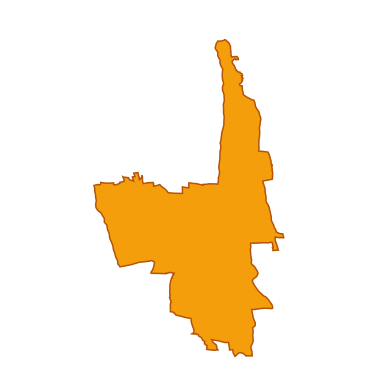 Motoseni, Bacau, Romania, rotated 9°
{"feature_id": "2599482B25662052430617", "entity_name": "Motoseni", "entity_type": "district", "adm_level": 2, "iso_a3": "ROU", "parent_name": "Romania", "parent_adm1": "Bacau", "projection": "natural_earth1", "projection_center": [27.425, 46.347], "detail": "fine", "context": "isolated", "style": "filled", "palette": "amber", "viewbox_px": 384, "rotation_deg": 9, "n_neighbors": 0, "source": "geoboundaries", "source_scale": "gbopen_adm2", "svg_char_len": 6069}
<svg xmlns="http://www.w3.org/2000/svg" viewBox="0 0 384 384"><g transform="rotate(9 192 192)"><path d="M277.1,344.4L276.2,340.2L274.8,337.3L274.4,335.8L274.5,334.5L275.2,332.7L275.8,329.8L274.8,325.5L274.5,324.8L274.2,319.9L273.2,316.7L273.4,316.1L274.3,315.4L275.1,314.4L275.3,313.7L275.3,313.0L274.8,311.1L272.2,306.8L269.3,298.6L271.8,298.4L273.0,297.9L277.6,296.5L281.6,295.5L286.5,294.8L289.1,294.7L289.6,294.4L289.8,293.9L289.2,292.0L288.5,290.7L284.6,286.7L282.0,284.5L280.6,283.8L280.1,283.8L278.7,283.2L273.3,279.6L269.2,275.5L266.0,271.4L265.5,270.1L265.9,268.8L266.9,267.5L268.6,265.9L269.1,265.2L270.0,262.0L268.9,260.0L265.3,255.8L264.2,255.0L262.8,254.5L261.5,252.7L261.6,250.2L260.0,245.6L259.1,241.6L258.8,241.0L258.6,236.2L257.9,234.5L257.9,233.4L263.8,232.4L263.8,232.2L266.4,231.9L269.4,231.1L275.4,230.3L277.2,229.5L278.8,229.1L279.6,230.7L280.8,234.2L280.2,234.5L281.2,236.6L281.1,237.1L286.4,235.9L284.1,231.1L281.7,226.7L281.2,223.6L286.4,223.4L287.1,222.9L288.7,223.1L289.8,222.7L288.8,220.9L288.2,219.1L285.0,219.4L281.5,218.2L281.3,217.4L280.8,217.0L280.7,216.4L278.9,214.3L278.4,213.4L278.0,212.2L275.3,208.4L274.7,207.2L273.9,203.3L273.1,201.7L272.4,199.4L271.7,198.2L270.4,194.6L269.6,193.9L268.8,192.2L267.3,190.8L266.6,189.5L266.2,188.1L266.2,186.3L264.2,180.5L263.7,177.5L260.9,171.8L260.2,170.7L260.1,170.3L260.2,170.0L260.6,169.9L269.2,166.9L269.3,164.8L268.9,163.4L269.0,162.8L268.8,162.6L268.9,162.2L268.8,161.2L268.5,160.6L268.7,160.0L267.6,158.0L267.8,157.1L267.5,156.7L267.5,156.3L266.8,154.5L267.2,153.6L267.1,153.4L266.7,153.5L266.9,152.8L266.5,152.6L266.5,152.3L266.2,152.2L266.0,151.6L265.2,150.9L265.4,149.4L264.5,147.4L263.9,146.5L263.8,145.6L263.2,145.1L263.1,144.3L262.4,143.0L261.9,142.7L261.8,142.0L260.9,140.7L256.3,140.8L251.5,141.1L251.4,138.9L250.6,134.8L250.5,133.3L250.0,132.2L250.2,131.3L249.9,129.0L250.0,126.7L249.5,122.2L249.3,121.6L248.5,117.6L248.7,114.9L248.4,111.6L248.7,110.6L248.6,109.6L248.1,107.5L246.6,105.1L245.7,102.7L244.6,101.2L243.7,100.7L243.2,99.9L241.5,97.9L240.1,94.0L238.8,91.6L236.6,91.6L235.9,91.2L231.6,89.8L230.0,89.0L228.6,88.5L227.6,87.8L225.3,81.7L225.0,79.4L222.9,79.4L221.9,78.0L223.5,76.5L224.5,74.2L223.7,73.5L224.3,72.6L224.7,71.9L223.9,71.0L223.2,71.1L223.4,70.1L222.7,69.5L223.7,69.0L223.6,68.7L222.7,67.3L220.8,66.9L220.6,66.6L220.6,66.2L218.2,66.1L217.1,64.8L216.6,65.0L214.0,60.6L211.9,58.6L211.2,56.9L211.2,56.5L211.4,56.1L212.2,55.4L212.4,54.8L213.1,54.0L214.4,54.0L214.4,54.3L214.6,54.5L216.8,53.8L217.0,53.9L217.1,53.4L216.7,52.6L215.2,51.1L209.8,52.4L208.6,48.9L208.7,48.0L207.9,45.6L207.1,41.7L204.9,38.8L201.5,36.6L200.6,36.4L200.4,36.8L197.3,38.4L196.3,38.4L193.8,39.0L193.5,40.2L192.8,41.1L192.3,45.8L192.4,46.3L192.7,46.9L195.4,49.7L195.8,50.6L195.9,52.6L196.1,53.2L196.7,54.3L199.2,57.6L199.3,60.0L201.0,63.2L202.9,65.4L203.2,67.5L203.4,71.0L204.1,74.4L204.5,75.9L205.9,79.0L206.3,80.2L205.7,83.0L205.9,85.3L206.4,87.1L208.0,89.9L208.8,92.3L208.7,92.5L209.5,96.0L209.6,97.7L209.4,98.6L209.3,101.2L209.8,102.9L210.6,107.4L210.6,108.1L211.1,110.1L211.7,111.5L212.2,113.8L212.4,116.9L213.0,120.7L212.1,130.4L212.4,131.3L212.3,132.9L212.6,136.3L212.1,138.9L212.2,139.5L212.7,140.4L213.5,143.0L213.4,144.0L213.6,145.4L213.3,147.8L213.7,149.5L213.8,151.8L214.4,154.5L214.3,156.7L214.5,158.4L214.4,160.4L214.6,163.7L216.1,167.8L216.2,170.5L215.8,173.5L216.3,176.9L216.2,180.2L212.7,180.5L207.3,181.3L205.3,182.0L201.6,182.8L201.9,183.6L194.7,183.0L192.8,183.3L187.5,183.4L187.6,185.6L188.1,186.6L187.9,188.5L181.7,188.5L182.8,194.9L173.3,196.2L172.4,196.1L168.7,196.5L166.2,194.1L163.2,192.3L162.1,192.1L159.0,189.7L155.7,191.4L153.2,192.4L152.9,192.0L153.2,191.4L153.0,190.6L152.6,190.1L152.8,189.7L152.1,188.7L145.9,190.0L144.1,190.9L142.5,191.3L141.3,188.6L140.7,184.9L140.4,183.8L140.0,183.8L140.0,185.2L138.9,187.2L138.4,187.8L138.0,188.0L137.7,186.0L137.2,185.4L136.5,183.8L135.6,181.3L132.3,182.2L131.5,182.5L133.3,185.7L130.8,186.4L132.5,190.4L131.3,190.0L128.5,189.7L127.3,188.4L127.0,187.8L122.0,188.0L121.4,187.8L122.8,190.2L123.2,191.2L123.3,192.1L119.1,193.8L119.4,194.8L116.0,196.6L115.8,196.9L113.5,197.0L113.3,196.9L113.3,195.3L105.6,196.8L100.4,196.8L100.6,198.2L99.8,199.4L98.1,199.3L94.2,200.8L95.4,203.9L96.0,207.2L96.9,208.9L97.8,212.8L98.9,215.6L98.7,217.9L99.3,221.6L99.7,222.5L101.5,224.6L103.1,225.7L105.6,227.0L107.3,229.4L109.0,231.1L109.8,232.9L110.1,235.5L112.6,237.6L113.3,238.6L114.3,242.0L116.0,244.8L117.0,246.8L117.4,248.4L117.4,249.0L118.1,250.7L121.7,256.4L122.7,258.9L123.3,261.0L125.5,264.9L126.4,267.2L127.1,268.6L129.2,271.4L129.6,272.8L129.8,274.4L130.2,274.9L131.6,276.0L132.6,277.2L143.0,273.4L149.7,270.2L150.4,270.0L151.0,269.5L153.1,269.1L160.9,266.9L162.9,266.0L165.8,267.1L166.0,267.5L165.8,272.0L165.4,274.4L165.2,275.3L164.0,277.8L164.5,278.8L167.6,278.2L179.2,276.7L179.3,276.1L180.8,276.1L181.8,275.2L184.2,274.7L184.8,275.1L187.0,274.9L186.8,275.6L186.8,276.5L186.6,276.8L186.2,276.7L186.2,277.1L185.6,278.7L185.9,279.9L185.4,280.0L185.2,280.4L184.8,284.2L184.7,287.0L185.8,295.1L186.3,297.3L186.8,297.6L186.3,299.4L186.7,299.4L186.9,300.7L187.2,301.8L188.1,302.2L188.2,303.5L188.6,304.3L188.6,304.6L188.3,304.6L188.1,305.9L189.4,313.6L192.0,313.6L192.8,313.9L193.5,314.3L193.4,314.6L193.6,314.7L194.1,314.8L195.2,316.0L206.1,317.0L210.7,317.0L211.8,320.9L213.7,324.8L215.2,327.3L215.8,329.1L215.8,330.1L215.1,331.3L214.2,332.0L216.3,332.0L217.7,331.4L218.1,331.7L219.0,331.5L219.3,332.0L220.4,331.8L221.4,333.4L223.4,334.0L224.2,334.6L225.5,336.4L226.7,337.3L227.8,337.5L228.0,340.0L228.7,340.0L229.8,341.1L230.8,341.2L231.0,342.1L230.9,343.6L231.1,345.2L238.4,344.9L242.3,343.9L241.8,343.3L241.3,343.0L240.6,341.8L240.7,340.7L239.9,339.7L239.6,338.9L238.2,338.4L235.9,336.8L235.3,335.4L234.7,334.8L242.7,334.9L247.2,335.5L249.3,335.3L251.5,334.8L253.0,339.1L253.9,342.2L256.7,341.4L257.3,342.5L257.8,344.4L259.3,346.5L260.3,347.6L260.9,347.0L261.6,345.8L262.9,344.2L263.9,343.4L264.6,343.1L267.2,343.3L269.0,344.1L270.5,345.0L270.7,345.4L277.1,344.4Z" fill="#f59e0b" stroke="#b45309" stroke-width="1.5"/></g></svg>